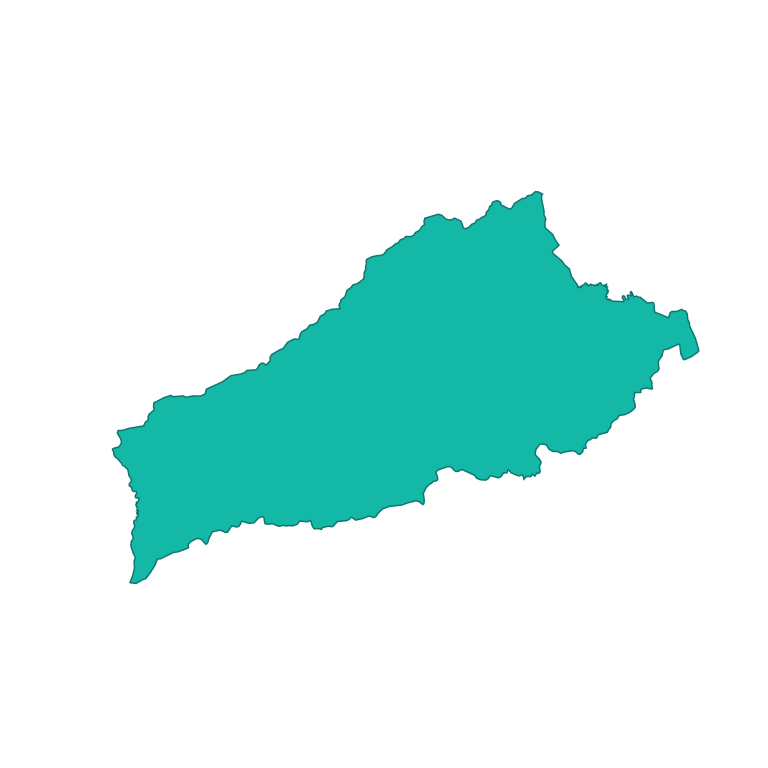 Wang Nuea, Lampang, Thailand (orthographic projection), rotated 249°
{"feature_id": "78962969B31160624426446", "entity_name": "Wang Nuea", "entity_type": "district", "adm_level": 2, "iso_a3": "THA", "parent_name": "Thailand", "parent_adm1": "Lampang", "projection": "orthographic", "projection_center": [99.64, 19.158], "detail": "fine", "context": "isolated", "style": "filled", "palette": "teal", "viewbox_px": 768, "rotation_deg": 249, "n_neighbors": 0, "source": "geoboundaries", "source_scale": "gbopen_adm2", "svg_char_len": 6153}
<svg xmlns="http://www.w3.org/2000/svg" viewBox="0 0 768 768"><g transform="rotate(249 384 384)"><path d="M504.5,600.1L508.1,596.8L509.3,594.2L507.6,589.2L508.3,585.3L506.7,582.8L507.6,579.6L505.9,570.7L502.3,566.1L502.3,564.3L503.1,563.0L509.3,557.5L511.8,557.9L513.9,556.3L514.6,555.3L515.0,551.7L514.5,550.1L512.3,548.5L511.9,546.3L509.5,544.6L507.7,541.2L504.8,539.2L504.5,534.5L503.5,532.1L503.9,529.4L501.6,526.4L501.7,523.3L499.9,519.4L499.7,515.8L501.0,514.1L508.6,514.2L513.6,509.2L513.0,505.8L514.2,502.7L516.2,500.7L520.7,498.4L523.0,495.5L524.1,481.5L521.3,479.5L518.4,479.2L517.4,475.8L514.6,472.1L514.2,467.8L512.1,464.9L512.0,462.0L513.9,457.1L512.7,454.9L512.7,450.9L510.6,447.7L510.8,445.1L509.2,440.8L508.3,435.0L505.6,430.9L505.1,429.2L505.3,426.1L506.0,424.8L507.1,418.6L506.5,412.6L505.8,411.7L502.1,410.5L500.1,408.8L498.0,408.3L495.0,405.4L489.6,403.0L487.2,395.3L487.6,390.3L485.9,387.8L484.6,382.8L479.5,378.9L478.0,374.0L475.6,372.4L474.5,370.8L472.9,370.1L470.0,370.0L472.4,362.1L472.8,356.3L470.8,353.8L470.1,348.9L465.5,343.9L464.8,339.4L465.6,335.7L463.1,331.9L462.2,325.8L460.6,323.8L456.5,320.7L456.5,319.6L458.2,316.5L457.7,310.3L457.3,308.6L453.2,302.5L453.3,299.5L451.8,289.9L450.0,287.4L446.5,286.0L444.2,281.4L444.2,280.6L446.7,278.7L447.3,277.5L446.6,274.4L443.8,271.4L443.1,269.6L445.8,260.9L444.5,257.6L444.6,254.1L446.6,244.0L443.9,233.8L442.9,217.1L442.4,215.9L438.8,213.4L438.5,208.3L441.4,201.2L442.5,194.5L444.8,192.5L447.7,182.5L449.7,181.0L450.1,174.8L448.9,162.4L445.1,160.6L442.3,160.4L440.0,154.0L438.2,152.1L435.0,151.1L433.8,147.4L431.0,144.6L433.9,130.5L434.4,123.3L435.8,119.1L433.5,117.4L427.8,118.5L424.5,118.3L422.4,117.2L420.3,113.8L420.8,108.5L420.6,107.4L419.8,106.9L417.8,107.3L415.1,106.6L412.3,106.8L410.1,108.3L404.0,110.6L401.7,110.8L400.2,112.2L395.9,114.2L389.7,113.1L385.1,113.9L383.8,113.3L382.2,110.5L380.2,109.7L377.9,111.4L375.7,110.8L373.5,111.4L372.6,114.2L370.2,113.8L369.2,112.0L367.5,111.3L366.3,111.8L365.9,113.9L364.8,114.1L362.4,112.5L362.3,110.6L361.2,110.9L361.4,110.1L360.1,109.6L360.1,109.1L355.9,109.1L354.3,107.7L353.9,109.1L353.3,109.5L352.3,107.0L351.7,107.1L352.2,107.9L351.6,108.4L350.7,108.1L350.4,106.9L349.5,107.4L348.5,107.0L347.9,106.2L348.5,105.2L345.9,104.1L346.1,101.8L344.2,100.6L340.6,100.3L339.1,99.3L337.5,96.7L335.0,94.9L331.6,95.0L329.4,94.3L327.3,91.4L323.7,89.7L315.5,89.2L311.3,89.8L307.9,87.1L301.6,85.1L294.6,80.3L289.9,75.8L289.1,76.4L286.7,81.2L287.9,89.1L287.6,91.7L291.4,97.9L297.4,105.9L301.8,109.6L300.9,112.8L302.2,126.6L301.1,131.9L301.1,141.9L301.5,143.0L304.0,143.3L306.0,146.6L306.9,153.4L306.2,155.6L304.3,157.9L298.8,159.9L298.1,160.7L299.1,162.6L302.9,165.5L307.5,170.7L306.5,177.8L305.1,180.1L302.2,182.8L301.8,185.0L306.1,190.9L303.2,195.4L303.1,196.9L303.4,198.2L306.9,202.0L302.4,208.0L301.0,212.9L303.8,218.8L303.9,222.8L303.2,223.7L302.0,224.0L297.2,222.9L296.0,223.1L294.6,225.6L293.7,229.7L288.8,234.8L288.2,239.1L286.6,241.6L285.7,245.2L284.3,247.8L284.1,252.5L286.2,256.2L282.8,263.2L283.0,266.5L276.9,266.2L274.2,266.8L273.5,267.6L272.8,270.6L270.7,273.4L271.9,275.3L271.9,276.4L271.0,281.6L269.7,283.6L269.3,285.3L272.3,291.2L269.9,300.0L270.0,302.8L271.3,305.0L270.6,306.4L267.1,308.8L266.0,316.2L266.2,322.7L262.9,326.8L263.1,328.9L265.3,331.9L268.0,338.1L267.8,345.1L264.6,357.4L264.6,362.7L263.6,372.0L261.6,374.6L257.5,377.1L257.8,378.1L260.6,379.8L267.8,381.5L272.1,386.1L274.1,390.3L274.2,392.4L275.5,395.1L274.8,398.4L275.4,399.7L277.5,400.6L282.3,400.7L283.8,401.5L284.4,404.6L284.1,413.0L283.4,415.6L282.3,416.9L277.6,419.0L276.4,420.1L275.9,422.3L276.3,426.1L266.4,435.8L262.7,436.8L260.2,439.5L257.8,444.6L258.2,447.0L260.1,450.0L260.1,450.9L255.5,457.0L255.3,458.7L256.1,460.9L258.2,463.5L257.0,466.9L259.2,468.7L259.3,469.4L255.6,470.8L251.0,475.6L249.8,477.1L249.7,479.9L249.0,481.0L245.0,480.5L246.1,482.5L246.4,485.1L245.1,487.0L245.0,488.0L246.8,490.0L243.9,491.9L246.0,494.4L245.1,496.1L246.0,498.3L251.7,499.7L253.6,502.0L255.3,502.7L258.3,502.1L262.9,500.1L265.1,500.3L268.6,502.5L271.8,507.9L271.8,509.1L269.2,513.7L263.9,514.8L260.4,517.6L259.1,521.4L256.0,524.4L255.8,528.2L254.1,536.6L252.1,538.6L248.9,540.3L248.1,541.7L249.4,545.1L252.6,547.1L251.7,549.1L251.9,549.8L255.8,550.6L258.3,554.2L258.0,556.3L259.0,559.0L257.3,563.1L259.9,565.8L258.9,575.2L261.0,577.5L262.5,580.2L264.8,581.2L266.2,582.7L267.4,585.4L268.0,589.3L270.4,592.3L269.1,597.9L269.5,603.2L270.8,607.6L272.1,610.0L273.4,610.8L280.6,611.6L283.1,613.6L286.2,614.8L284.1,620.6L286.9,621.9L286.7,625.7L285.9,628.3L283.8,631.2L283.3,632.9L286.9,633.5L289.7,634.8L294.0,634.4L297.1,639.7L297.8,644.0L299.5,646.1L306.9,648.1L310.7,653.7L315.2,656.6L315.7,657.4L314.9,661.8L315.7,673.4L313.9,674.0L305.7,671.9L300.2,672.2L299.0,673.1L299.4,680.7L301.3,688.5L301.9,689.5L303.2,690.0L315.0,691.1L328.7,690.1L332.0,691.1L335.4,690.7L340.7,692.2L344.1,691.7L345.1,689.9L346.9,688.8L346.8,683.6L348.5,678.7L348.1,676.9L344.6,673.9L344.2,672.9L351.1,665.9L353.5,662.8L355.3,662.7L362.0,664.7L363.8,664.3L365.2,658.9L373.1,654.3L373.7,652.9L375.6,651.2L375.6,648.7L381.5,648.0L381.5,647.0L381.0,646.6L378.1,646.9L377.5,646.6L379.6,643.7L379.4,642.8L378.1,642.5L375.8,643.1L375.2,642.3L376.8,640.2L379.9,639.8L380.6,638.9L380.5,638.1L378.9,637.3L375.9,638.2L375.1,637.0L379.7,626.4L381.8,625.5L381.9,624.7L382.6,624.4L382.1,623.5L383.2,622.8L384.6,622.8L385.2,622.2L386.0,622.5L385.9,623.5L387.2,623.2L388.5,624.2L388.4,625.2L389.9,626.1L390.7,625.7L390.5,626.8L394.0,626.3L394.5,627.3L395.2,626.4L397.3,627.5L397.1,625.3L395.9,625.2L396.0,624.7L397.4,624.1L398.6,622.6L399.7,622.9L401.1,622.1L400.5,619.5L399.4,619.1L400.8,617.9L399.9,617.3L400.3,615.9L401.5,615.1L401.8,613.4L402.6,613.4L403.2,612.4L402.1,610.8L402.8,610.5L403.0,609.3L404.2,609.6L406.1,608.4L405.2,606.6L404.7,603.1L403.5,602.9L404.9,601.1L404.3,600.3L404.6,599.5L407.2,600.0L417.3,597.5L425.0,598.3L430.5,595.3L435.5,594.0L445.8,588.2L447.0,588.7L448.2,590.2L450.8,597.1L457.1,595.6L463.3,595.0L471.1,590.9L472.8,590.6L477.2,592.1L480.0,594.2L484.9,594.0L487.4,595.2L500.6,597.5L503.5,598.7L504.5,600.1Z" fill="#14b8a6" stroke="#0f766e" stroke-width="1.5"/></g></svg>